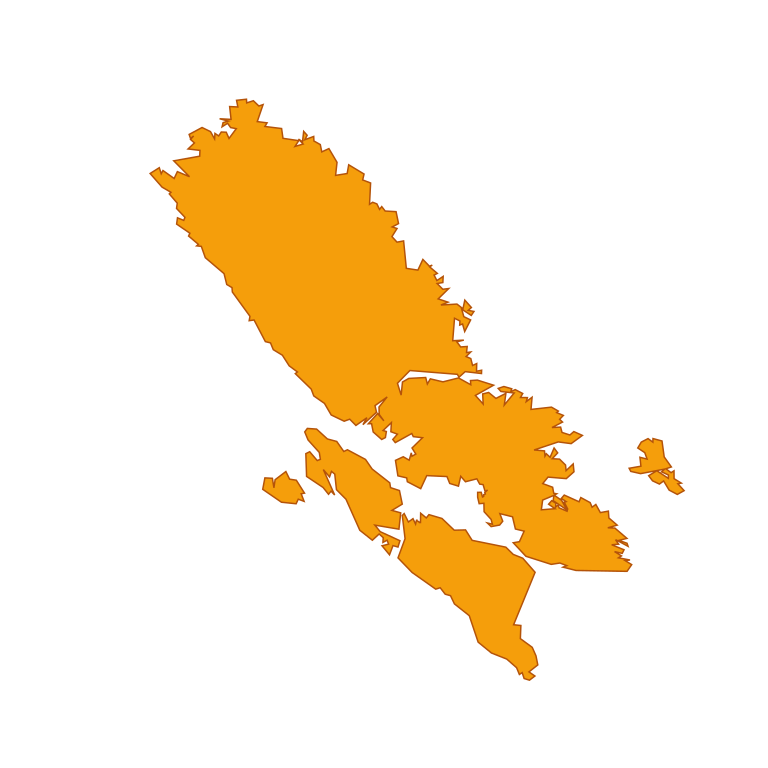 outline of Karmøy nor, Rogaland, Norway, rotated 136°
{"feature_id": "86288312B31081381702542", "entity_name": "Karmøy nor", "entity_type": "district", "adm_level": 2, "iso_a3": "NOR", "parent_name": "Norway", "parent_adm1": "Rogaland", "projection": "orthographic", "projection_center": [5.261, 59.278], "detail": "fine", "context": "isolated", "style": "filled", "palette": "amber", "viewbox_px": 768, "rotation_deg": 136, "n_neighbors": 0, "source": "geoboundaries", "source_scale": "gbopen_adm2", "svg_char_len": 6154}
<svg xmlns="http://www.w3.org/2000/svg" viewBox="0 0 768 768"><g transform="rotate(136 384 384)"><path d="M339.3,80.4L331.3,82.0L333.2,89.5L329.3,86.5L336.1,96.1L332.6,95.4L334.6,103.3L330.3,96.7L326.5,98.0L331.9,110.2L326.5,105.8L325.7,110.6L325.3,110.5L321.2,97.7L319.8,100.6L323.6,108.3L316.5,104.2L318.0,120.0L322.9,125.1L314.3,120.5L315.3,131.4L310.9,136.7L317.7,141.2L315.3,150.2L319.9,150.8L318.1,155.5L321.3,165.6L325.5,163.8L331.5,178.9L335.9,178.5L334.7,172.9L336.4,173.8L338.7,166.5L340.7,165.3L344.1,173.3L342.8,176.0L346.2,176.3L343.2,178.7L344.4,183.6L349.1,183.2L347.6,175.5L358.2,184.2L350.5,190.3L339.2,185.9L343.3,182.6L339.9,166.3L337.1,176.9L338.8,185.8L336.1,185.1L337.8,187.5L334.4,192.6L339.0,202.1L330.7,203.1L318.6,189.3L308.3,188.9L303.4,195.1L313.2,195.2L309.7,199.6L309.9,208.0L314.9,213.4L306.9,213.8L306.1,219.8L315.4,215.9L315.7,221.1L318.3,220.3L315.0,224.4L321.9,232.3L298.9,221.3L290.8,211.1L277.0,209.2L280.5,217.9L285.7,218.2L289.6,225.5L286.9,230.3L293.4,236.0L282.0,232.6L282.2,236.6L276.8,236.8L279.7,243.5L277.4,243.4L279.6,251.0L295.9,263.6L286.7,271.6L293.9,272.5L290.3,274.6L295.2,279.5L290.8,280.8L293.5,288.8L298.2,290.4L295.4,291.8L299.5,298.9L304.9,301.5L305.1,297.4L296.6,287.1L312.1,285.3L302.8,292.6L313.5,295.9L314.6,305.2L319.9,308.3L326.6,300.7L326.2,312.3L306.0,307.0L314.1,321.9L319.4,326.4L322.1,323.2L326.2,336.6L340.1,344.6L347.1,355.5L352.8,353.9L349.5,359.7L362.3,370.8L369.3,372.6L379.4,364.1L373.8,375.2L356.0,375.7L324.5,340.0L325.3,336.8L317.0,336.5L306.6,323.8L304.2,326.1L308.6,328.9L303.1,334.3L307.4,335.8L303.9,342.0L305.9,346.7L299.4,346.8L302.8,349.3L298.1,353.2L303.1,357.4L302.3,363.8L296.1,360.1L304.5,367.4L287.6,382.3L285.6,376.6L288.6,373.8L285.8,372.6L289.5,365.7L277.2,369.9L279.8,377.0L276.1,383.9L273.6,372.7L268.9,373.7L272.3,378.5L268.0,378.3L267.6,388.2L274.9,383.3L276.0,390.8L288.2,401.3L281.1,398.4L285.9,407.6L271.1,407.7L275.9,411.3L276.0,419.4L271.2,416.1L266.7,420.3L274.1,421.7L272.3,427.6L268.8,426.5L269.8,436.5L266.7,436.0L269.5,437.2L269.5,446.6L280.5,442.4L287.6,451.7L270.5,473.3L276.1,477.0L275.9,484.5L266.6,486.8L269.0,491.3L262.1,489.3L255.6,499.6L263.0,507.6L262.4,513.2L265.9,512.7L264.0,518.5L265.9,522.6L269.6,523.3L254.0,537.9L257.6,545.6L252.5,548.9L257.1,566.2L264.3,561.0L273.9,567.7L263.8,576.1L260.1,591.6L267.5,594.2L263.5,600.5L265.6,607.5L262.6,610.9L271.2,614.7L266.5,616.3L266.3,621.5L274.3,614.9L275.4,619.6L275.5,612.8L283.0,616.7L276.3,618.3L286.0,630.9L280.2,638.9L290.8,652.0L286.7,653.1L292.9,660.8L276.9,669.0L280.9,670.9L281.2,678.5L287.5,681.6L285.1,684.4L293.0,690.5L296.7,684.8L302.3,690.8L310.2,680.6L318.0,689.0L313.4,681.3L318.2,683.8L321.8,681.5L315.4,680.2L316.2,675.0L312.9,670.3L324.9,668.3L322.6,674.7L326.0,678.3L330.6,677.3L331.5,681.7L335.6,678.0L333.5,686.1L336.7,694.9L350.8,698.9L352.7,694.9L348.6,694.7L353.3,694.3L352.9,689.1L361.7,689.2L354.1,679.9L358.3,675.9L380.2,690.6L379.9,668.2L385.1,680.3L392.2,677.6L394.7,691.1L398.2,690.0L395.4,695.7L406.0,697.9L406.9,679.8L404.1,669.9L406.4,669.9L407.1,657.7L411.3,654.4L411.4,642.2L414.4,640.8L417.1,647.0L422.1,643.1L418.9,627.3L421.8,626.2L420.5,613.4L422.8,613.5L419.8,609.9L424.8,599.0L422.4,574.5L428.0,564.8L426.4,558.9L429.2,555.5L433.4,525.8L437.0,523.2L433.0,520.3L439.9,496.9L437.1,492.4L439.8,485.6L437.1,475.3L439.6,462.9L437.9,452.8L440.6,453.1L439.9,430.9L442.8,424.2L440.3,411.4L443.5,398.4L438.5,384.9L433.1,382.5L433.0,373.7L419.7,371.6L427.4,369.4L409.0,368.9L405.5,374.7L390.7,372.5L403.6,370.9L408.6,365.4L409.7,357.6L409.1,367.2L422.9,366.3L420.5,364.1L425.1,357.0L424.2,345.7L420.2,344.5L415.3,348.2L417.0,351.2L405.5,351.1L412.2,344.9L409.2,338.6L416.2,338.0L416.6,334.0L398.4,329.1L399.5,325.8L393.6,318.6L408.3,318.5L409.8,311.5L414.1,312.6L412.2,315.5L418.8,311.7L420.7,318.3L428.8,321.1L437.8,308.3L432.9,300.7L435.1,297.5L430.3,283.2L416.9,288.4L403.0,273.7L405.8,266.8L401.4,258.8L392.9,264.3L393.3,257.1L383.1,251.3L384.7,245.5L382.6,242.8L385.9,236.5L383.1,235.8L386.9,235.9L387.5,234.5L389.2,235.1L390.2,234.0L390.9,234.0L391.6,234.3L389.3,238.6L391.9,241.0L395.3,237.5L398.7,231.8L395.0,228.8L400.7,222.6L401.0,212.2L403.4,207.9L406.2,212.2L406.0,207.0L398.8,202.2L393.9,202.8L390.7,210.3L383.8,199.2L390.2,188.4L385.4,180.8L396.1,176.5L401.3,180.0L401.6,161.5L389.0,138.1L381.8,133.0L378.7,126.4L382.5,127.9L375.4,116.5L339.3,80.4ZM406.1,143.6L405.2,162.3L409.4,171.6L409.7,182.0L429.2,210.3L426.7,222.4L435.0,230.0L435.7,247.0L442.4,258.8L446.6,258.3L447.4,265.6L454.0,259.0L454.8,259.8L454.6,260.9L455.3,262.3L454.9,263.2L455.3,263.4L458.6,261.3L456.7,267.0L462.3,267.8L459.5,276.8L462.2,276.7L476.3,258.1L494.7,249.2L494.7,228.9L489.3,200.5L485.1,198.4L486.0,190.3L483.2,185.5L486.1,176.9L483.6,158.1L495.6,132.9L493.6,115.9L486.8,100.9L485.7,87.8L488.4,81.0L485.1,80.4L487.8,74.8L485.1,69.9L478.3,69.1L479.7,76.2L468.5,75.1L463.5,82.9L460.3,91.6L462.8,106.1L453.3,115.2L458.0,120.8L406.1,143.6ZM487.2,257.0L481.4,260.2L489.3,280.4L488.6,288.8L474.1,269.2L461.5,279.7L466.1,287.6L454.3,284.9L446.9,296.6L451.3,304.9L448.5,308.9L451.6,331.1L449.7,342.6L456.0,362.1L459.8,363.4L457.9,375.5L462.9,383.8L463.8,398.4L470.0,405.3L474.3,404.6L477.5,396.5L478.1,379.7L482.1,374.0L485.2,375.3L484.5,386.9L488.6,388.2L503.9,371.3L499.7,351.9L500.5,343.2L496.5,343.7L496.6,338.4L487.1,364.6L487.7,355.0L482.5,357.6L482.0,353.4L491.6,341.0L491.4,327.5L503.0,295.6L500.9,279.7L491.7,279.5L491.3,274.0L494.8,270.8L490.3,269.5L491.9,265.6L497.8,269.0L498.7,257.3L489.8,261.5L487.2,257.0ZM249.7,100.8L242.2,98.8L241.9,108.1L239.0,106.2L241.1,114.4L235.7,120.1L239.1,120.8L240.1,127.2L234.9,124.7L233.1,136.9L223.6,149.9L228.4,157.9L231.0,155.4L232.0,161.3L239.3,163.5L245.9,161.7L244.1,153.5L246.9,147.2L250.8,153.5L256.3,146.4L266.2,153.1L267.2,149.7L261.7,141.3L241.2,127.8L245.3,128.0L242.6,120.9L245.0,118.6L248.0,132.1L257.3,134.2L258.1,127.8L255.4,120.7L250.2,120.0L252.6,109.6L249.7,100.8ZM525.7,360.7L523.0,355.1L519.8,362.6L517.0,360.7L513.9,375.7L518.0,381.1L515.4,389.2L528.8,390.8L535.3,385.8L529.8,393.7L534.9,399.2L544.4,392.5L539.9,370.2L530.4,358.9L525.7,360.7Z" fill="#f59e0b" stroke="#b45309" stroke-width="1.5"/></g></svg>